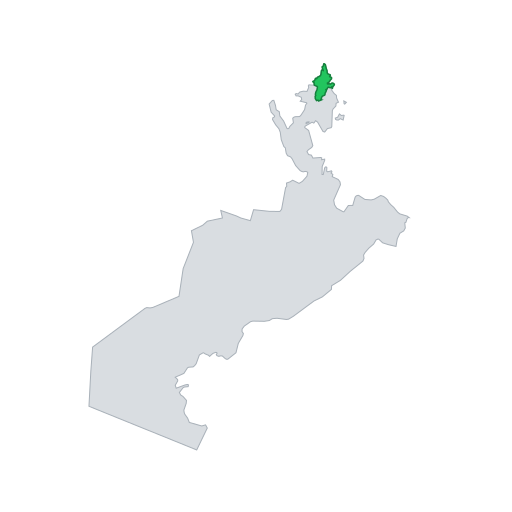 Uzbekistan, with Andijon highlighted, rotated 281°
{"feature_id": "UZB-363", "entity_name": "Andijon", "entity_type": "Region", "adm_level": 1, "iso_a3": "UZB", "parent_name": "Uzbekistan", "parent_adm1": "", "projection": "orthographic", "projection_center": [72.284, 40.729], "detail": "fine", "context": "in_parent", "style": "filled", "palette": "green", "viewbox_px": 512, "rotation_deg": 281, "n_neighbors": 0, "source": "natural_earth", "source_scale": "10m", "svg_char_len": 5637}
<svg xmlns="http://www.w3.org/2000/svg" viewBox="0 0 512 512"><g transform="rotate(281 256 256)"><path d="M400.1,243.4L407.7,239.9L411.8,242.4L412.2,243.8L407.5,246.4L403.4,247.9L402.1,251.3L398.0,252.7L393.7,257.4L387.1,262.1L387.0,263.1L387.6,263.9L389.7,264.5L393.9,267.3L398.1,265.8L399.1,266.2L400.2,267.8L401.2,272.2L403.1,273.4L409.0,275.8L413.5,275.8L415.7,276.8L416.1,276.4L416.4,269.9L418.3,271.0L420.4,270.2L421.2,266.9L420.8,264.8L422.3,263.6L423.1,264.4L423.1,266.4L425.3,267.7L426.8,270.9L427.3,274.6L431.5,275.6L433.0,274.9L434.1,275.3L434.7,280.0L435.3,280.3L438.9,279.4L442.3,281.4L445.9,284.9L450.1,285.1L450.9,285.7L453.9,285.1L457.3,286.1L457.4,286.7L456.8,287.5L448.7,291.8L446.5,294.8L444.7,295.8L439.8,294.1L439.0,296.0L439.9,297.8L438.8,299.7L436.2,299.0L435.7,298.1L433.3,298.6L430.4,301.7L429.0,304.3L426.4,305.0L422.7,307.6L421.2,305.5L418.5,305.8L415.0,303.6L413.3,303.2L397.5,305.7L396.3,305.3L394.7,301.8L390.8,299.8L391.0,298.0L399.2,290.9L400.2,288.7L397.5,287.4L398.0,285.5L393.0,279.6L392.0,279.2L391.3,279.4L389.3,283.7L375.2,290.7L373.2,290.0L370.2,287.1L368.2,286.1L365.6,288.3L365.6,291.1L363.0,293.2L365.1,300.9L364.8,301.8L363.0,302.0L364.2,304.9L363.1,305.2L356.4,303.9L348.6,305.3L348.8,306.5L355.7,306.6L356.7,307.2L356.8,308.1L356.3,308.7L352.7,309.2L352.3,310.3L354.0,313.8L353.1,314.5L351.8,313.8L350.7,315.9L348.4,315.7L346.8,322.1L344.8,324.3L342.1,325.3L325.7,321.6L321.3,323.3L318.3,326.1L316.1,333.1L316.2,333.9L323.2,337.0L324.1,341.3L332.7,342.1L334.1,342.9L334.8,344.0L335.1,345.2L332.3,352.1L333.0,358.3L334.3,361.2L339.2,366.9L338.8,369.9L337.5,372.5L336.0,374.7L334.4,375.6L332.1,378.5L330.0,382.0L326.1,386.6L324.8,389.1L324.0,396.8L322.9,399.0L322.8,398.1L321.5,397.2L317.6,396.7L317.0,395.7L311.9,397.2L308.8,396.2L305.8,392.9L299.8,391.4L292.1,391.6L292.4,383.7L293.1,377.8L295.9,373.4L295.9,372.5L294.7,370.8L290.2,369.2L285.1,365.2L280.3,362.4L277.5,361.4L274.2,362.5L271.4,361.9L258.9,351.4L248.3,343.6L241.3,335.9L237.6,336.4L228.5,328.9L222.9,321.5L203.9,304.1L200.2,300.0L199.5,298.0L198.9,288.5L197.6,284.0L195.2,281.4L193.5,276.7L191.5,265.3L190.5,263.2L185.0,257.9L181.7,256.3L179.1,256.7L177.5,258.4L175.4,258.3L166.9,255.3L157.2,254.8L149.4,248.1L149.0,247.1L149.3,245.6L151.4,242.1L151.3,240.5L150.4,238.6L150.7,236.7L151.6,235.8L153.1,236.4L153.8,235.8L153.7,234.8L152.1,232.2L148.6,229.6L149.5,228.3L150.2,224.8L151.0,223.0L150.7,222.3L148.1,219.3L138.8,217.8L136.7,216.7L135.1,215.4L134.0,211.2L133.2,210.1L127.0,207.6L121.6,199.8L119.8,202.6L118.5,203.0L113.7,201.4L111.0,202.9L115.8,210.8L116.8,213.1L116.6,214.3L114.8,214.3L113.7,210.7L112.9,209.6L107.4,206.8L105.2,208.6L104.2,211.1L101.0,215.3L98.0,215.6L91.0,214.6L88.8,215.3L87.1,216.3L83.8,219.8L79.9,222.3L78.8,235.2L80.6,238.7L77.8,241.0L54.3,234.8L76.6,120.7L111.0,115.9L135.4,113.0L183.4,157.0L184.5,158.6L184.8,161.9L185.8,164.5L201.7,188.1L229.7,186.9L257.5,192.0L268.5,187.8L276.0,197.8L280.9,201.6L286.9,215.8L294.0,212.7L291.6,229.0L290.4,233.9L289.6,243.7L301.0,244.8L302.4,260.8L304.3,270.9L306.7,272.2L328.7,272.0L330.3,272.9L333.4,272.0L335.3,275.3L337.4,277.5L335.5,284.4L338.1,287.3L344.0,290.8L347.8,290.9L348.5,289.7L348.4,288.1L347.6,286.3L347.8,284.3L348.4,282.8L352.3,277.7L358.4,272.8L359.9,271.0L360.5,267.8L362.7,266.0L367.8,264.1L368.7,262.5L375.0,258.6L382.1,256.2L385.3,254.2L388.5,250.3L393.1,246.2L394.8,246.1L396.0,247.5L397.0,247.6L400.1,243.4ZM397.9,282.4L397.2,280.4L396.1,279.6L395.5,279.9L397.2,282.5L397.9,282.4ZM410.8,315.7L406.1,315.6L406.9,312.5L405.2,311.0L404.9,309.4L405.3,308.0L406.5,307.5L407.8,309.7L411.4,310.8L410.2,312.9L411.0,315.3L410.8,315.7ZM425.0,312.6L424.1,315.4L422.0,314.1L422.3,313.4L425.0,312.6Z" fill="#d9dde1" stroke="#a8b0b8" stroke-width="1"/><path d="M438.1,278.5L438.4,278.7L439.1,279.8L439.6,280.1L440.3,280.3L441.6,280.4L441.7,280.5L441.8,280.6L441.8,280.8L441.7,281.0L441.7,281.7L442.2,281.9L442.8,282.0L443.2,282.2L444.3,283.8L445.0,284.6L445.9,285.0L447.0,285.1L450.1,284.8L451.0,285.0L451.1,286.0L451.0,286.5L451.3,286.4L452.4,285.7L454.2,284.8L454.6,285.1L454.9,285.5L455.4,285.9L456.8,285.8L457.4,285.9L457.6,285.9L457.7,286.6L457.0,287.6L455.8,288.2L453.6,289.1L451.5,290.4L449.8,290.8L449.0,291.2L448.4,292.1L448.1,294.2L447.4,294.5L446.6,294.1L446.1,294.1L445.9,294.7L445.9,295.1L445.8,295.6L445.6,296.0L445.2,296.3L444.2,296.3L442.5,295.2L441.6,295.0L440.9,294.7L440.1,293.8L439.3,293.1L438.6,293.4L438.5,293.9L439.0,294.8L439.0,295.4L438.9,295.9L438.9,296.2L439.1,296.5L440.1,297.3L440.2,297.5L440.4,297.9L440.4,298.6L440.1,299.4L439.6,300.1L439.1,300.2L438.4,300.0L437.0,299.2L436.6,299.0L435.5,299.1L435.2,299.0L435.3,298.7L435.6,298.6L436.0,298.6L436.4,298.4L436.5,298.1L436.3,297.9L435.8,297.9L435.6,297.9L435.6,297.7L435.4,297.0L435.3,296.6L435.4,296.0L435.5,295.4L435.5,295.0L435.5,294.9L435.5,294.7L435.1,294.4L433.9,294.0L433.6,294.0L433.4,293.9L433.0,293.2L432.6,292.9L432.4,293.1L432.1,293.5L431.7,293.5L430.3,293.2L429.2,292.8L428.5,292.8L428.0,292.9L427.4,292.8L427.2,292.8L427.0,292.7L426.0,291.3L425.8,291.0L425.6,290.7L425.4,290.6L424.1,290.1L423.7,290.1L423.3,290.2L423.1,290.2L422.8,290.1L422.1,289.7L421.9,289.7L421.7,289.8L421.7,290.4L421.4,290.0L420.8,289.0L420.1,287.9L420.8,287.2L420.5,286.4L420.2,286.0L420.1,285.8L420.3,285.6L421.0,284.9L421.3,284.7L421.7,284.2L424.1,283.6L424.9,284.0L425.9,283.5L426.2,283.4L426.7,283.4L427.3,283.5L428.0,283.4L431.1,284.2L431.5,284.2L431.9,284.1L433.3,284.1L433.7,284.0L433.9,284.0L434.0,283.9L434.1,283.7L434.7,281.1L434.9,280.6L436.2,280.2L437.1,280.0L437.3,279.9L437.6,279.1L437.7,278.8L438.1,278.5Z" fill="#22c55e" stroke="#15803d" stroke-width="1.5"/></g></svg>